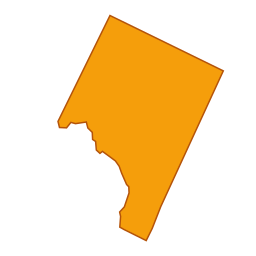 Crane, Texas, United States of America, rotated 26°
{"feature_id": "52423323B45238818245083", "entity_name": "Crane", "entity_type": "district", "adm_level": 2, "iso_a3": "USA", "parent_name": "United States of America", "parent_adm1": "Texas", "projection": "orthographic", "projection_center": [-102.544, 31.369], "detail": "fine", "context": "isolated", "style": "filled", "palette": "amber", "viewbox_px": 256, "rotation_deg": 26, "n_neighbors": 0, "source": "geoboundaries", "source_scale": "gbopen_adm2", "svg_char_len": 517}
<svg xmlns="http://www.w3.org/2000/svg" viewBox="0 0 256 256"><g transform="rotate(26 128 128)"><path d="M62.5,34.8L62.2,152.8L66.2,157.6L72.7,154.8L74.2,148.0L78.9,147.1L87.9,140.9L91.9,145.6L97.8,147.6L101.2,153.8L104.8,154.3L109.2,161.7L113.9,163.1L115.3,160.2L131.1,163.1L136.9,166.3L142.1,171.4L151.5,179.4L154.5,180.5L157.4,185.9L159.3,200.5L157.3,207.2L160.1,210.7L164.1,220.7L169.0,221.0L193.7,221.2L193.8,207.7L191.9,184.3L188.6,34.9L62.5,34.8Z" fill="#f59e0b" stroke="#b45309" stroke-width="1.5"/></g></svg>